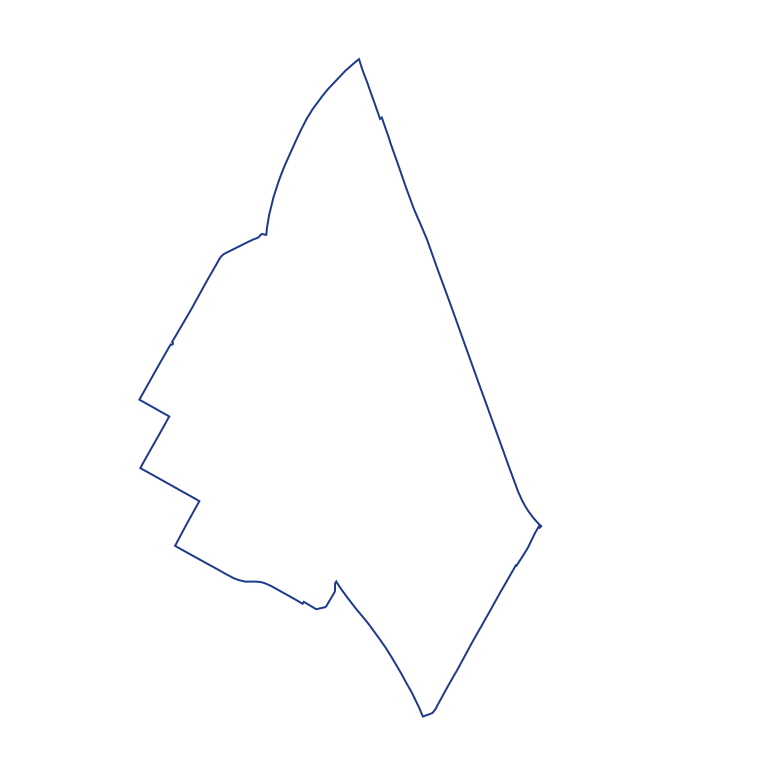 Subiaco, Western Australia, Australia (Equal Earth projection), rotated 299°
{"feature_id": "25037944B24614013246759", "entity_name": "Subiaco", "entity_type": "district", "adm_level": 2, "iso_a3": "AUS", "parent_name": "Australia", "parent_adm1": "Western Australia", "projection": "equal_earth", "projection_center": [115.818, -31.953], "detail": "fine", "context": "isolated", "style": "outline", "palette": "blue", "viewbox_px": 768, "rotation_deg": 299, "n_neighbors": 0, "source": "geoboundaries", "source_scale": "gbopen_adm2", "svg_char_len": 2854}
<svg xmlns="http://www.w3.org/2000/svg" viewBox="0 0 768 768"><g transform="rotate(299 384 384)"><path d="M141.2,279.7L141.2,280.0L141.1,283.2L141.1,283.7L141.1,291.0L141.1,297.7L141.1,311.0L141.2,331.6L141.1,336.8L141.3,346.9L142.3,352.9L144.0,358.7L148.2,366.1L150.8,371.6L151.9,375.8L152.5,381.8L152.6,385.6L152.6,388.6L152.6,392.2L152.5,411.7L152.4,417.3L152.4,419.4L154.6,419.5L154.2,432.6L154.2,433.9L159.0,439.3L159.8,440.3L160.5,440.8L161.1,441.1L162.1,441.3L163.9,441.3L177.2,441.7L179.1,441.5L181.3,440.4L182.8,439.5L185.6,438.0L187.4,437.9L188.1,438.0L187.6,438.8L183.7,446.3L179.4,455.6L173.4,469.6L170.4,477.5L169.4,480.1L166.1,488.1L157.9,505.7L157.5,506.4L154.4,512.9L150.1,520.6L148.4,523.7L139.6,538.7L136.3,543.9L134.2,547.1L127.3,558.4L118.1,571.4L112.0,579.2L118.4,584.8L119.2,585.5L121.5,586.3L125.4,586.7L128.1,586.5L135.4,586.5L145.2,586.4L150.8,586.4L165.3,586.6L169.3,586.7L179.9,586.6L187.6,586.5L194.8,586.4L199.7,586.4L202.5,586.4L214.5,586.5L217.7,586.6L226.9,586.6L234.0,586.7L250.0,586.7L258.7,586.7L261.0,586.8L273.3,587.0L275.0,587.0L288.1,587.2L289.3,587.2L289.3,588.0L294.0,588.3L301.5,588.8L307.3,589.1L311.3,589.2L327.3,588.3L334.3,588.5L333.7,589.8L335.8,590.4L337.6,584.2L339.9,578.1L342.6,572.2L345.6,566.7L348.9,561.5L354.7,553.7L376.5,528.4L378.5,526.2L381.0,523.4L414.4,485.1L428.3,469.1L451.3,442.9L452.6,441.4L483.0,406.8L484.1,405.6L487.2,402.0L511.4,374.0L515.3,369.6L531.1,351.7L533.8,348.3L543.6,335.7L544.4,334.7L545.0,333.8L552.1,324.7L558.2,317.6L558.7,317.1L567.2,307.2L570.9,303.1L578.3,294.9L584.4,288.1L591.9,279.6L593.3,278.0L598.1,272.6L602.7,267.8L605.4,264.7L611.4,258.0L615.1,253.9L616.0,252.9L614.0,252.0L626.2,238.3L626.7,237.7L632.4,231.2L639.8,222.9L645.5,216.1L648.6,212.5L652.1,208.8L656.0,204.7L653.2,203.4L639.1,198.3L632.8,196.7L615.5,192.2L605.7,190.4L603.8,190.2L595.6,189.1L589.4,188.3L587.5,188.2L587.0,188.2L578.5,187.8L572.2,188.0L570.0,188.1L568.2,188.1L564.3,188.3L552.6,189.1L548.1,189.5L542.8,189.9L527.8,191.2L520.9,192.0L519.5,192.2L511.5,193.4L508.5,193.9L495.3,196.5L493.8,196.8L479.8,200.6L479.3,200.7L476.7,201.4L471.9,203.1L463.7,206.0L457.4,208.7L456.8,207.2L456.1,204.5L454.8,203.9L452.5,203.4L450.7,202.7L446.9,199.5L440.2,194.7L429.1,187.1L426.8,185.5L419.8,180.8L416.3,179.6L411.2,179.4L406.2,179.4L404.3,179.3L401.6,179.3L388.4,179.1L356.9,179.2L342.7,178.9L319.2,178.3L318.0,178.3L318.0,178.7L317.8,179.0L317.6,179.4L317.4,179.6L317.1,179.8L316.7,179.9L316.4,179.9L316.0,179.8L315.7,179.6L315.5,179.4L315.3,179.0L315.1,178.7L315.1,178.2L295.4,177.9L285.6,177.8L277.9,177.8L266.1,177.7L259.4,177.7L251.7,177.6L251.5,211.9L243.8,211.9L237.4,211.9L201.5,211.6L198.4,211.6L192.3,211.7L192.3,218.8L192.1,276.0L192.0,279.3L183.7,279.3L180.9,279.3L180.6,279.3L166.4,279.3L148.5,279.6L143.7,279.7L141.2,279.7Z" fill="none" stroke="#1e3a8a" stroke-width="2"/></g></svg>